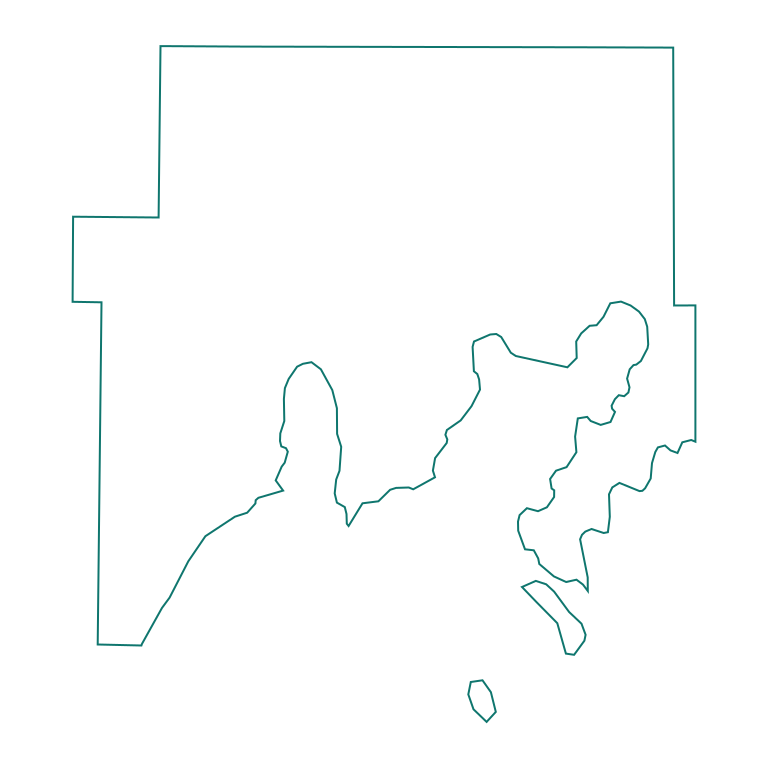 Delta, Michigan, United States of America (Albers equal-area conic projection)
{"feature_id": "52423323B33071012110006", "entity_name": "Delta", "entity_type": "district", "adm_level": 2, "iso_a3": "USA", "parent_name": "United States of America", "parent_adm1": "Michigan", "projection": "albers", "projection_center": [-86.773, 45.817], "detail": "fine", "context": "isolated", "style": "outline", "palette": "teal", "viewbox_px": 768, "rotation_deg": 0, "n_neighbors": 0, "source": "geoboundaries", "source_scale": "gbopen_adm2", "svg_char_len": 2270}
<svg xmlns="http://www.w3.org/2000/svg" viewBox="0 0 768 768"><path d="M141.4,645.5L141.9,644.0L162.0,607.9L169.6,597.6L188.3,561.3L205.4,536.2L234.9,516.7L247.2,512.7L255.4,503.5L255.7,500.2L258.4,497.8L283.1,490.6L275.7,480.4L281.7,466.6L284.7,462.7L287.8,451.7L286.0,448.2L281.3,446.4L280.0,441.0L280.3,433.4L284.3,421.0L283.9,398.9L284.9,388.1L288.7,378.9L297.1,366.7L302.9,363.8L311.5,362.2L320.9,369.3L332.3,390.1L336.9,408.2L337.1,433.9L341.2,446.8L339.5,470.8L336.2,479.5L334.7,493.4L336.9,502.6L344.8,507.1L346.5,514.0L346.8,523.7L348.6,526.0L362.5,503.3L378.4,501.3L390.1,489.8L396.1,487.9L408.8,487.5L413.2,489.3L435.0,477.3L432.9,470.6L435.1,458.1L446.7,443.0L447.3,439.4L445.4,434.8L446.9,430.0L460.7,420.4L471.5,406.2L480.0,389.6L479.1,379.4L477.3,374.0L473.9,371.3L472.6,346.9L474.0,341.5L490.2,334.5L496.3,334.0L501.2,337.0L510.8,352.7L515.8,356.0L567.4,367.3L576.7,358.0L576.2,341.5L581.2,333.4L589.6,325.8L596.6,325.2L603.5,316.8L610.3,303.3L621.0,301.6L630.6,305.5L639.0,311.6L644.8,319.1L647.2,326.7L648.2,344.4L647.5,348.3L640.9,361.0L636.3,364.6L633.5,365.1L629.7,369.3L627.1,378.6L629.5,387.3L628.4,392.5L624.2,396.2L618.8,395.2L614.9,399.2L611.6,405.7L612.1,408.7L615.0,411.9L610.5,422.0L600.7,424.9L590.7,421.0L587.2,416.9L577.8,418.4L575.1,436.6L576.4,452.2L566.6,467.1L556.0,470.7L550.1,479.0L551.6,488.5L554.2,490.3L554.1,497.0L546.9,507.3L538.0,511.2L526.9,508.2L519.6,515.1L518.0,521.6L518.2,530.7L525.0,549.3L533.8,550.3L538.2,558.4L539.3,564.0L553.9,576.4L566.1,582.0L576.5,579.7L583.0,584.6L587.8,591.0L587.7,577.4L580.1,539.3L582.0,534.8L585.3,531.6L591.5,529.0L603.7,533.0L607.9,532.2L609.8,516.8L609.0,494.3L612.3,487.4L619.4,482.9L639.5,491.1L642.4,490.8L645.1,488.3L650.7,478.5L652.0,463.1L655.3,452.0L657.9,447.4L665.0,445.5L670.5,450.4L677.5,453.0L682.3,442.3L691.2,440.0L695.4,441.7L695.4,305.4L674.1,305.5L673.2,47.6L587.6,47.3L246.1,46.6L160.5,46.1L158.6,217.5L73.1,216.7L72.6,301.8L101.5,302.3L97.7,644.5L141.4,645.5ZM535.8,580.9L522.0,587.0L536.3,601.9L557.3,623.2L565.9,653.6L574.1,654.8L584.4,640.7L585.6,634.8L581.5,623.7L569.1,612.0L554.1,591.6L546.2,584.3L535.8,580.9ZM470.8,682.0L468.3,694.4L473.5,709.3L486.6,721.9L495.8,711.9L490.9,692.2L482.5,680.3L470.8,682.0Z" fill="none" stroke="#0f766e" stroke-width="2"/></svg>